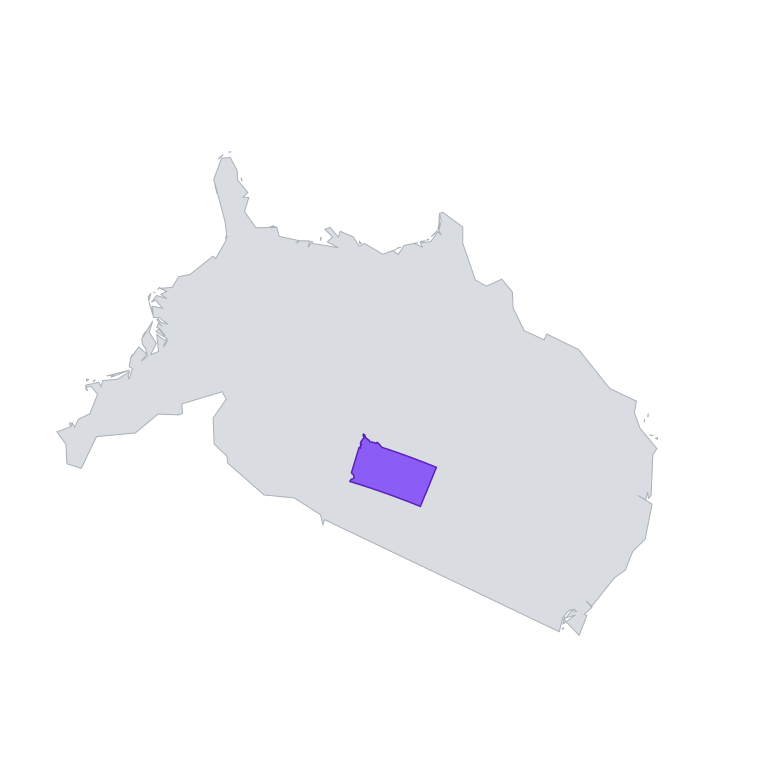 location of South Dakota within United States of America, rotated 198°
{"feature_id": "USA-3534", "entity_name": "South Dakota", "entity_type": "State", "adm_level": 1, "iso_a3": "USA", "parent_name": "United States of America", "parent_adm1": "", "projection": "albers", "projection_center": [-98.157, 44.23], "detail": "fine", "context": "in_parent", "style": "filled", "palette": "violet", "viewbox_px": 768, "rotation_deg": 198, "n_neighbors": 0, "source": "natural_earth", "source_scale": "10m", "svg_char_len": 6890}
<svg xmlns="http://www.w3.org/2000/svg" viewBox="0 0 768 768"><g transform="rotate(198 384 384)"><path d="M605.3,260.6L641.2,245.1L645.8,210.1L660.9,210.2L667.9,228.4L680.3,237.4L668.1,247.1L668.5,250.7L664.7,247.4L663.8,255.9L654.6,264.8L653.2,285.7L662.1,291.3L666.1,288.8L663.8,285.8L665.7,286.9L667.3,290.7L655.8,297.5L652.2,294.1L652.7,300.3L638.8,306.2L630.0,317.0L629.9,312.4L628.1,310.1L628.0,320.9L631.6,321.7L633.0,330.5L628.6,343.5L618.9,339.1L621.7,330.9L617.6,337.2L621.8,344.1L626.3,347.5L628.3,352.2L623.4,372.5L623.4,360.6L613.0,352.3L615.0,339.8L608.5,345.2L615.4,360.9L606.8,357.9L604.4,359.0L605.4,353.3L604.9,351.8L603.4,356.5L604.2,359.9L616.9,363.3L615.2,366.9L608.8,362.5L606.6,362.0L614.6,367.3L617.7,367.9L617.2,372.4L612.9,370.1L619.9,374.9L618.8,376.2L615.4,373.7L608.1,374.0L618.2,377.7L623.6,376.0L633.0,389.6L625.1,379.3L628.6,386.4L617.9,387.6L627.3,393.1L630.4,389.9L627.5,397.9L617.0,398.2L623.9,400.2L619.5,404.9L626.4,405.8L615.5,410.3L612.3,422.7L602.3,428.3L586.1,452.8L582.9,451.2L578.7,471.1L579.0,475.7L585.1,488.9L609.2,526.2L608.2,548.7L600.2,551.8L589.8,542.0L586.4,532.8L572.7,524.0L575.8,518.2L570.2,519.5L569.9,504.8L554.1,493.0L534.2,499.8L529.3,492.0L509.1,494.1L511.2,490.6L508.1,494.3L499.1,497.0L498.3,490.5L497.3,495.3L469.7,499.5L481.8,501.6L478.3,507.9L488.0,512.8L483.7,516.3L472.9,509.6L472.8,515.7L458.7,514.4L450.4,507.4L446.0,511.7L425.4,507.0L414.0,515.9L416.9,513.5L410.5,511.6L407.6,522.0L395.4,529.0L398.2,526.9L390.0,526.0L392.9,529.5L383.4,534.0L379.8,545.4L375.5,543.6L379.2,546.6L380.0,557.0L384.0,563.3L381.1,565.5L357.6,557.6L352.6,542.2L329.1,511.0L316.9,508.7L304.4,520.1L290.3,511.1L284.9,496.5L267.3,478.1L245.4,475.5L244.6,481.8L209.5,476.9L168.0,449.5L138.6,445.7L137.0,434.2L127.2,421.3L104.5,406.9L106.4,399.5L95.5,360.4L97.1,357.0L99.9,362.7L99.4,354.6L108.2,356.5L91.9,352.6L87.7,317.2L95.7,301.6L97.0,281.6L104.9,270.9L117.7,236.9L124.7,240.1L117.2,235.8L122.3,227.1L119.5,226.4L120.7,205.2L137.3,214.2L130.7,223.4L138.6,217.9L135.6,226.3L130.7,227.2L133.6,228.5L138.0,225.9L141.7,217.4L140.8,202.5L398.7,236.6L398.5,231.2L403.9,240.0L434.2,247.9L463.8,241.4L508.2,260.5L511.0,266.7L527.0,274.5L536.0,298.8L529.4,320.9L535.5,326.6L570.1,302.6L566.5,293.7L569.4,291.3L589.7,285.5L605.3,260.6ZM644.3,309.0L650.3,305.9L630.0,318.7L646.0,305.9L644.3,309.0ZM139.7,211.2L140.4,217.4L140.0,218.2L138.0,213.1L139.7,211.2ZM383.6,561.5L380.4,552.4L380.5,547.2L381.1,552.7L383.6,561.5ZM669.8,247.2L670.7,250.0L669.5,249.8L669.8,247.2ZM450.8,510.1L451.5,512.2L449.2,510.7L450.8,510.1ZM111.8,418.0L114.9,417.6L115.1,418.0L111.8,418.0ZM109.0,416.3L107.5,417.5L106.9,415.9L109.0,416.3ZM661.6,296.0L660.5,298.4L659.9,298.1L661.6,296.0ZM382.3,542.4L380.6,546.6L384.7,538.5L382.3,542.4ZM601.8,513.8L606.5,521.2L601.1,513.2L601.8,513.8ZM124.8,428.6L125.5,431.1L124.6,428.7L124.8,428.6ZM609.9,549.6L607.8,552.7L610.9,546.5L609.9,549.6ZM635.2,394.4L633.5,398.2L633.5,390.1L635.2,394.4ZM138.6,206.0L138.2,207.6L137.4,206.5L138.6,206.0ZM393.1,531.1L388.7,533.1L393.2,530.5L393.1,531.1ZM667.8,294.8L668.3,296.8L666.3,297.0L667.8,294.8ZM123.2,434.6L123.5,437.5L122.7,434.8L123.2,434.6ZM387.6,534.7L385.8,535.8L387.3,534.1L387.6,534.7ZM628.2,355.9L626.7,360.9L628.1,354.2L628.2,355.9ZM412.8,517.8L409.9,519.5L414.0,516.5L412.8,517.8ZM579.7,473.1L579.8,476.6L579.1,474.3L579.7,473.1ZM627.5,406.1L626.7,407.0L628.7,403.7L627.5,406.1ZM541.4,497.9L538.3,500.2L536.8,500.1L541.4,497.9ZM497.8,496.5L497.2,497.2L495.2,497.3L497.8,496.5ZM582.7,533.8L583.6,536.1L581.9,533.5L582.7,533.8ZM489.4,502.3L489.1,504.6L488.5,500.7L489.4,502.3ZM603.0,556.9L601.0,557.6L603.7,556.3L603.0,556.9ZM632.9,332.1L632.3,334.6L632.9,331.1L632.9,332.1ZM631.7,399.4L630.8,400.5L630.5,400.5L631.7,399.4Z" fill="#d9dde1" stroke="#a8b0b8" stroke-width="1"/><path d="M310.6,292.3L310.7,292.1L310.7,291.3L310.8,289.7L310.9,288.1L311.0,286.6L311.1,285.0L311.2,283.4L311.3,281.9L311.5,280.3L311.6,278.8L314.2,279.0L316.5,279.1L318.9,279.3L321.2,279.4L323.5,279.6L325.8,279.7L328.2,279.8L330.5,279.9L332.8,280.0L335.1,280.1L337.5,280.2L339.8,280.3L342.1,280.4L344.4,280.5L346.8,280.6L349.1,280.6L351.4,280.7L353.7,280.7L356.1,280.8L358.4,280.8L360.7,280.8L363.1,280.9L365.4,280.9L367.7,280.9L370.0,280.9L372.4,280.9L374.7,280.9L377.0,280.9L379.4,280.8L381.7,280.8L384.0,280.8L386.3,280.7L386.3,280.9L386.2,280.9L386.2,281.0L386.1,282.0L385.9,282.6L385.6,283.3L385.5,283.5L385.4,283.6L385.1,283.8L384.4,284.3L384.0,284.6L383.7,284.9L383.6,285.0L383.4,285.4L383.4,285.7L383.6,286.0L384.1,286.6L384.3,286.9L384.7,287.8L385.0,288.2L385.2,288.4L386.0,288.5L386.4,288.6L386.7,288.8L386.8,289.0L387.0,289.2L387.1,289.3L387.4,289.8L387.5,289.9L387.6,290.0L387.6,290.5L387.6,293.7L387.7,296.9L387.8,300.0L387.8,303.2L387.9,306.3L388.0,309.5L388.0,312.6L388.1,315.8L386.6,315.8L386.6,316.0L386.7,316.4L386.7,316.5L386.7,316.8L386.8,316.9L387.0,317.1L387.2,317.4L387.3,317.5L387.3,318.3L387.3,318.7L387.2,318.8L386.9,318.8L386.9,319.0L387.0,319.2L387.1,319.3L387.0,319.5L386.9,319.6L387.0,319.8L387.3,319.8L387.6,319.8L387.8,319.8L388.0,320.0L388.1,320.8L388.2,321.0L388.1,321.8L388.0,322.0L387.7,322.3L387.6,322.5L387.8,322.7L387.7,322.8L387.7,323.0L387.6,323.5L387.4,324.0L387.3,324.5L387.2,324.8L387.2,325.1L387.1,325.3L386.9,325.3L386.8,325.5L386.7,325.7L386.7,325.8L386.5,326.0L386.4,326.3L386.4,326.6L386.5,326.9L386.6,327.1L386.8,327.3L387.4,327.7L387.5,327.8L387.6,328.0L387.4,328.3L387.6,328.5L387.8,328.6L387.9,328.8L387.9,329.0L388.0,329.2L388.1,329.4L388.1,329.9L386.7,329.7L386.4,329.4L386.4,329.1L386.3,328.9L385.8,328.5L385.7,328.4L385.7,328.2L385.8,328.0L385.8,327.8L385.8,327.7L385.6,327.7L385.4,327.6L384.9,327.6L384.7,327.5L384.6,327.4L384.5,327.2L384.4,327.0L384.2,326.9L383.1,326.7L382.9,326.7L382.7,326.5L382.6,326.4L382.3,326.3L382.1,326.2L381.5,326.2L381.2,326.1L380.7,325.8L380.3,325.5L380.0,325.1L379.8,324.9L379.6,324.8L379.4,324.7L377.3,325.1L377.0,325.1L376.2,325.0L375.6,325.2L375.3,325.3L375.2,325.2L374.8,325.1L374.4,325.2L373.7,325.0L373.4,325.1L373.2,325.2L373.1,325.3L373.1,325.5L372.9,325.9L372.9,326.0L372.6,326.2L372.5,326.3L372.2,326.3L371.9,326.3L371.2,326.0L371.0,325.9L371.0,325.7L370.9,325.6L369.4,325.0L369.0,324.6L368.6,324.3L368.4,324.3L367.2,323.5L367.1,323.4L366.9,323.2L365.9,323.1L364.1,323.1L362.4,323.1L360.6,323.1L358.8,323.1L357.0,323.1L355.2,323.0L353.4,323.0L351.6,323.0L349.8,322.9L348.0,322.9L346.2,322.8L344.5,322.8L342.7,322.7L340.9,322.7L339.1,322.6L337.3,322.5L335.5,322.5L333.7,322.4L331.9,322.3L330.1,322.2L328.4,322.1L326.6,322.0L324.8,322.0L323.0,321.9L321.2,321.8L319.4,321.7L317.6,321.5L315.8,321.4L314.1,321.3L312.3,321.2L310.5,321.1L308.4,320.9L308.6,319.1L308.7,317.3L308.8,315.6L308.9,313.8L309.1,312.0L309.2,310.2L309.3,308.4L309.5,306.6L309.6,304.8L309.7,303.0L309.8,301.2L310.0,299.4L310.1,297.6L310.2,295.9L310.3,294.1L310.5,292.3L310.6,292.3Z" fill="#8b5cf6" stroke="#5b21b6" stroke-width="1.5"/></g></svg>